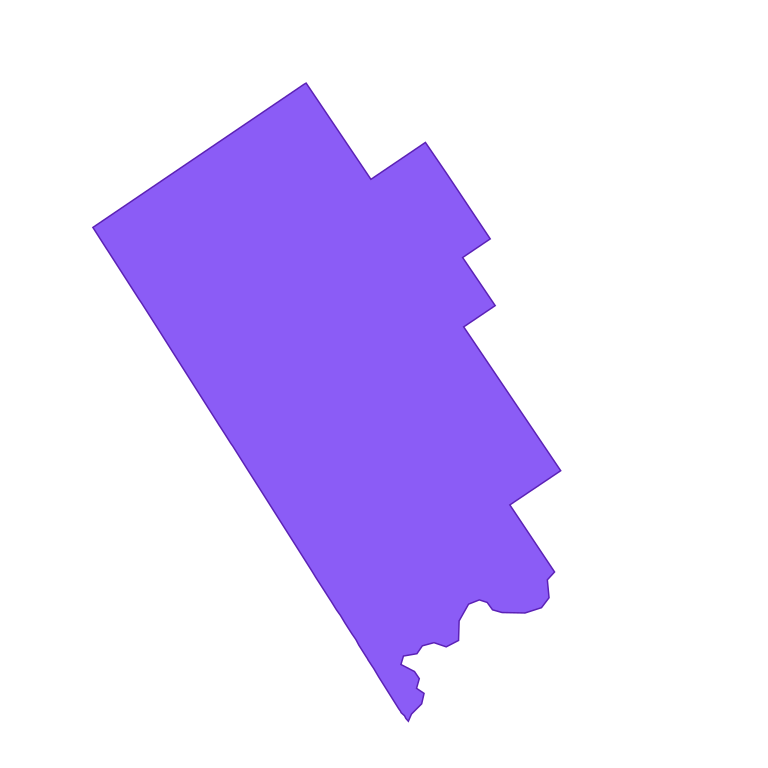 Le Flore, Oklahoma, United States of America, rotated 146°
{"feature_id": "52423323B59385747750724", "entity_name": "Le Flore", "entity_type": "district", "adm_level": 2, "iso_a3": "USA", "parent_name": "United States of America", "parent_adm1": "Oklahoma", "projection": "natural_earth1", "projection_center": [-94.576, 34.946], "detail": "fine", "context": "isolated", "style": "filled", "palette": "violet", "viewbox_px": 768, "rotation_deg": 146, "n_neighbors": 0, "source": "geoboundaries", "source_scale": "gbopen_adm2", "svg_char_len": 1162}
<svg xmlns="http://www.w3.org/2000/svg" viewBox="0 0 768 768"><g transform="rotate(146 384 384)"><path d="M280.3,677.0L283.0,677.2L537.8,676.6L538.4,651.4L538.4,649.6L539.7,591.6L539.7,586.2L540.6,552.6L541.3,528.9L543.1,463.2L543.6,444.6L543.7,442.4L543.7,440.7L543.9,431.4L544.2,421.2L544.2,418.8L544.1,417.7L544.9,392.3L545.7,362.8L547.3,306.6L548.4,268.5L548.7,262.4L549.2,239.4L549.3,235.6L549.3,233.8L549.7,223.5L549.6,219.3L549.5,216.8L549.9,209.3L550.0,207.7L550.3,194.4L550.2,188.8L550.3,186.9L550.9,181.6L551.3,167.5L551.3,167.1L551.3,165.5L551.5,164.4L551.6,156.7L551.6,154.0L552.2,144.0L553.4,106.5L553.3,103.5L553.6,102.0L552.5,97.5L552.9,94.5L552.4,90.8L545.8,95.0L531.6,97.8L523.8,105.1L527.2,113.5L519.5,120.0L519.5,128.5L526.8,142.0L520.0,147.6L507.5,142.0L498.6,145.5L487.2,141.6L479.4,131.3L465.6,129.7L454.2,145.6L437.0,154.2L425.7,151.7L420.6,145.2L420.3,136.1L413.9,128.5L395.1,115.3L378.5,110.5L366.7,114.5L358.1,130.3L347.7,132.8L347.3,213.4L286.0,213.3L286.0,309.4L286.0,339.3L286.0,386.8L248.0,386.8L248.1,444.9L214.8,444.9L214.4,522.3L214.6,561.1L280.4,561.0L280.3,677.0Z" fill="#8b5cf6" stroke="#5b21b6" stroke-width="1.5"/></g></svg>